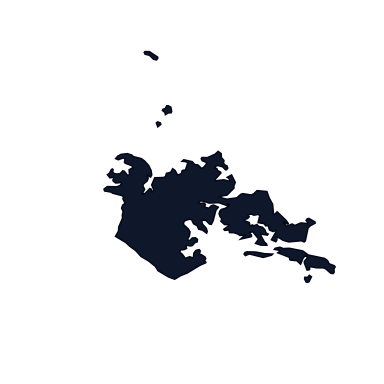 the district of Kangryong, Hwanghae-namdo, North Korea, rotated 238°
{"feature_id": "82179303B5734042978537", "entity_name": "Kangryong", "entity_type": "district", "adm_level": 2, "iso_a3": "PRK", "parent_name": "North Korea", "parent_adm1": "Hwanghae-namdo", "projection": "orthographic", "projection_center": [125.504, 37.845], "detail": "fine", "context": "isolated", "style": "filled", "palette": "ink", "viewbox_px": 384, "rotation_deg": 238, "n_neighbors": 0, "source": "geoboundaries", "source_scale": "gbopen_adm2", "svg_char_len": 5319}
<svg xmlns="http://www.w3.org/2000/svg" viewBox="0 0 384 384"><g transform="rotate(238 192 192)"><path d="M124.7,165.9L125.1,166.6L127.6,166.4L128.1,168.3L129.9,168.6L133.7,166.9L135.3,165.3L137.7,167.8L139.4,167.5L140.4,164.3L139.2,161.2L136.4,159.0L135.3,158.1L138.4,155.7L139.2,151.2L144.5,150.8L147.5,149.6L148.9,151.8L147.3,154.8L147.0,157.5L149.3,158.3L149.6,159.2L146.9,162.3L146.4,164.1L147.5,167.5L147.0,170.1L149.0,171.6L151.3,170.7L152.9,167.9L152.0,164.5L153.1,163.1L154.6,163.6L156.0,166.4L158.7,168.8L159.2,169.2L162.6,169.3L168.5,167.7L169.9,168.1L171.2,169.7L171.3,171.6L170.2,175.5L168.7,177.0L164.3,176.5L160.6,178.5L157.0,177.9L154.2,180.6L149.3,182.6L150.6,184.1L153.9,184.9L158.9,183.9L161.2,184.4L162.8,185.7L160.5,188.7L155.4,189.9L154.3,191.3L156.3,194.6L163.8,202.5L164.7,205.1L165.2,206.3L169.6,203.3L170.2,201.1L169.3,197.9L172.4,194.7L174.5,196.8L176.3,196.3L178.5,192.0L179.5,191.6L180.0,194.5L177.9,197.0L173.6,200.5L168.7,209.1L162.0,214.4L162.8,216.6L161.6,217.1L160.6,215.0L160.5,211.7L161.7,207.6L161.0,205.4L159.1,203.4L156.0,202.7L153.6,203.1L151.9,201.0L147.2,202.3L144.7,205.9L144.0,205.8L143.7,201.9L143.5,199.2L142.1,199.4L140.2,203.3L137.7,202.3L135.4,205.8L132.1,208.6L129.9,209.5L127.4,213.9L126.3,208.3L122.8,218.2L123.1,219.2L124.2,219.6L126.4,218.8L126.8,220.1L126.1,222.4L116.8,223.6L115.4,220.1L114.8,218.6L110.5,222.2L107.1,227.3L108.6,227.7L111.2,226.9L119.3,227.4L119.7,228.2L115.5,233.0L115.9,234.3L118.0,233.1L121.6,233.8L124.8,233.1L127.6,230.3L130.0,229.8L130.6,226.5L132.0,225.9L132.5,223.2L135.8,224.5L138.3,222.4L139.1,221.7L140.3,221.8L140.6,222.8L140.0,225.3L140.7,227.4L142.6,227.3L142.7,228.8L141.7,230.7L139.5,232.2L138.0,236.0L136.3,237.2L131.0,231.8L126.9,236.4L124.3,236.5L123.3,238.7L118.6,237.6L115.5,239.8L114.9,242.7L114.2,243.1L109.4,234.0L108.8,234.4L105.4,236.7L106.2,238.4L108.6,240.0L107.1,241.6L102.8,243.6L98.4,247.6L92.7,258.9L90.2,260.6L90.4,262.1L100.0,271.4L100.7,274.4L100.3,280.0L101.5,280.4L103.8,279.2L107.7,277.1L108.2,275.6L107.5,273.7L104.9,274.1L104.0,273.4L108.1,267.9L109.1,261.5L111.8,260.0L112.9,254.0L117.6,253.2L117.9,254.5L115.1,255.3L114.1,256.2L114.4,257.0L118.4,256.7L130.1,253.7L129.3,250.9L129.2,250.4L129.7,249.3L139.0,253.9L146.2,254.3L152.7,255.8L158.7,247.9L157.8,243.6L158.0,240.8L163.7,234.2L164.2,232.0L163.3,226.9L165.6,221.9L167.4,217.9L170.5,214.7L173.1,213.3L173.3,214.1L170.8,220.0L173.0,229.6L175.1,230.8L177.2,233.8L185.5,234.6L185.8,229.6L184.0,230.4L181.7,230.3L181.2,229.5L185.5,225.5L187.8,220.6L189.2,217.5L190.0,217.6L190.7,219.3L192.7,226.5L193.8,226.8L196.6,225.1L198.7,225.5L200.2,224.2L201.3,226.0L200.7,228.0L197.1,231.3L193.2,232.1L192.5,233.0L193.3,235.0L195.6,235.5L197.6,234.2L199.8,234.0L201.8,235.8L205.7,235.2L209.1,237.1L212.6,235.7L211.8,231.4L211.9,231.0L213.0,223.3L216.0,218.7L215.3,217.4L213.0,217.3L209.9,219.6L208.2,219.4L206.8,215.0L206.8,212.7L211.9,211.3L213.7,208.9L217.6,208.3L223.7,202.1L223.3,199.8L221.0,202.9L218.9,203.8L215.1,199.3L214.1,198.0L215.3,195.7L215.1,194.5L213.2,192.7L213.9,188.8L219.1,189.1L222.0,188.0L220.0,184.3L221.4,180.3L219.1,177.6L219.4,175.6L223.8,167.9L219.3,161.5L214.2,160.8L213.1,158.7L213.6,157.8L215.8,159.0L217.3,158.0L217.1,157.3L215.6,151.4L216.9,148.8L219.3,153.2L222.9,153.6L224.4,154.6L225.1,159.8L226.7,162.0L229.8,163.1L226.6,164.8L227.8,166.9L231.9,168.7L237.4,169.3L243.5,168.2L247.2,166.7L252.7,161.4L252.9,161.1L255.3,160.5L258.8,157.5L261.5,151.9L261.8,148.1L260.8,144.9L258.4,146.6L257.4,151.5L255.6,152.8L253.0,150.5L251.8,150.6L246.6,154.6L245.0,155.1L244.0,154.6L244.2,150.4L239.7,148.1L240.2,146.2L245.5,145.6L246.7,144.5L246.2,142.8L245.6,140.8L247.0,137.9L249.2,135.6L251.0,135.3L252.9,137.0L253.8,136.6L253.7,135.3L251.7,132.1L251.5,129.4L247.4,129.9L246.4,132.7L245.3,133.1L244.0,131.2L242.7,131.0L240.0,132.1L237.9,136.3L236.4,137.1L235.7,134.3L236.3,131.0L241.5,123.0L241.1,118.9L239.2,118.4L235.1,123.0L232.9,124.2L225.9,130.8L224.2,131.4L222.9,129.8L217.8,129.2L217.7,126.4L215.6,123.7L212.0,123.3L209.3,120.6L206.7,119.3L201.3,111.5L197.8,108.9L194.9,103.6L189.5,106.4L184.2,109.1L178.9,110.5L172.3,113.2L164.4,114.6L156.4,118.7L148.4,121.5L143.2,121.5L132.5,127.0L127.2,131.1L127.1,138.0L125.8,144.9L125.7,154.6L125.6,160.2L124.7,165.9ZM100.2,232.7L99.7,231.4L96.4,235.0L95.3,235.4L95.0,232.5L85.0,240.0L82.8,239.1L82.0,239.5L78.1,244.6L73.2,245.8L73.3,246.0L76.7,250.6L77.8,253.2L77.2,254.8L75.1,255.3L73.8,250.8L72.5,249.7L64.7,248.2L63.9,250.6L65.9,251.9L65.5,253.4L61.8,257.3L58.1,263.2L56.1,264.6L49.6,266.6L48.0,268.6L48.7,270.1L51.7,271.7L52.6,273.7L54.1,273.6L58.4,270.3L62.1,270.6L65.5,269.2L76.9,257.3L83.3,254.7L84.5,253.5L92.7,244.7L95.7,239.4L98.6,237.3L100.2,232.7ZM101.3,220.8L107.3,214.3L112.2,206.8L112.6,204.9L111.8,203.3L109.8,203.5L109.1,207.7L98.8,217.7L96.3,225.8L96.6,227.5L101.3,220.8ZM276.8,210.1L273.8,211.2L271.7,210.4L271.6,214.2L270.2,216.2L271.2,217.5L275.2,219.0L277.7,217.6L278.5,216.2L276.9,213.4L277.6,211.4L276.8,210.1ZM333.6,230.3L336.0,226.6L335.7,225.4L333.7,225.2L330.4,228.4L325.0,229.7L322.8,231.9L323.5,233.8L324.5,234.4L333.6,230.3ZM59.2,247.3L58.3,244.8L59.9,242.6L58.7,241.4L55.4,241.0L54.2,242.0L53.9,243.7L56.8,248.4L59.2,247.3ZM269.7,200.0L269.5,198.4L265.4,197.5L265.8,201.3L267.4,201.8L269.7,200.0Z" fill="#0f172a" stroke="#020617" stroke-width="1.5"/></g></svg>